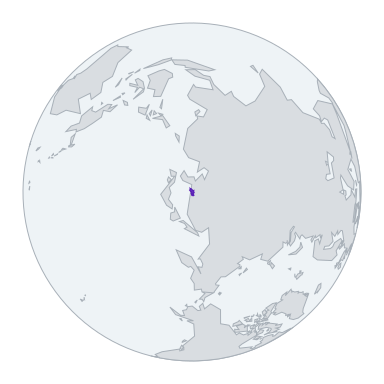 Hamgyŏng-bukto highlighted on a globe, orthographic projection, rotated 141°
{"feature_id": "PRK-3307", "entity_name": "Hamgyŏng-bukto", "entity_type": "Province", "adm_level": 1, "iso_a3": "PRK", "parent_name": "North Korea", "parent_adm1": "", "projection": "orthographic", "projection_center": [129.506, 41.787], "detail": "fine", "context": "on_globe", "style": "filled", "palette": "violet", "viewbox_px": 384, "rotation_deg": 141, "n_neighbors": 0, "source": "natural_earth", "source_scale": "10m", "svg_char_len": 12548}
<svg xmlns="http://www.w3.org/2000/svg" viewBox="0 0 384 384"><g transform="rotate(141 192 192)"><circle cx="192" cy="192" r="169" fill="#eef3f6" stroke="#a8b0b8"/><path d="M317.3,295.7L317.1,296.3L317.0,296.6L317.3,295.7ZM321.7,83.7L321.4,84.1L323.5,85.9L327.2,90.6L325.0,87.9L322.2,86.1L322.8,88.9L315.8,86.7L300.4,77.7L301.5,76.2L297.6,74.5L296.1,76.5L296.0,78.3L280.7,78.4L273.7,88.3L277.0,95.1L271.9,91.0L281.9,107.0L281.6,116.5L278.5,103.5L275.6,100.7L273.8,105.8L270.3,104.0L267.5,105.6L263.6,103.2L262.1,96.2L259.5,94.6L258.3,98.5L253.7,98.7L255.8,93.3L247.9,93.3L243.9,82.6L252.7,71.6L247.1,65.2L247.3,53.0L244.0,52.7L241.9,48.5L237.3,46.8L238.6,45.4L233.7,45.3L233.4,46.9L231.1,47.5L228.3,46.7L229.6,44.7L231.2,44.8L230.1,43.8L231.9,43.2L229.4,43.1L231.3,41.0L225.4,42.0L223.4,39.4L225.7,38.4L230.8,39.9L248.8,42.4L252.7,42.4L253.2,40.6L242.8,33.9L245.0,33.7L244.0,32.4L240.4,31.6L239.9,32.5L232.9,31.1L233.1,32.8L230.3,32.6L228.4,34.1L223.0,32.5L218.7,30.3L220.1,29.1L218.3,28.2L212.4,28.5L210.4,25.9L201.3,24.0L201.4,23.7L209.9,24.1L221.6,25.9L232.7,28.0L219.7,25.4L220.1,25.4L231.8,27.8L243.3,31.0L254.6,35.0L265.5,39.9L276.1,45.4L286.2,51.8L295.9,58.8L305.1,66.5L313.7,74.8L321.7,83.7ZM346.2,179.1L344.8,176.3L346.3,176.2L346.2,179.1ZM343.5,176.0L344.1,176.6L343.5,176.4L343.5,176.0ZM342.8,176.7L343.3,176.2L342.9,177.1L342.8,176.7ZM342.0,178.0L342.4,177.1L342.4,177.4L342.0,178.0ZM340.3,179.0L339.8,179.2L340.0,178.1L340.3,179.0ZM296.5,79.4L296.4,76.8L299.1,75.8L299.5,78.2L296.5,79.4ZM290.9,81.9L289.9,79.9L294.2,81.3L293.5,82.0L290.9,81.9ZM280.1,100.6L280.7,97.8L281.3,101.2L280.1,100.6ZM267.8,106.3L268.7,107.8L266.8,108.0L267.8,106.3ZM231.5,34.9L230.0,34.5L231.1,34.4L231.5,34.9ZM232.1,36.1L234.5,36.3L235.1,36.9L233.6,36.7L232.1,36.1ZM259.1,104.6L255.8,104.8L258.9,103.4L259.1,104.6ZM229.0,35.7L235.9,37.9L237.0,39.0L232.2,39.4L229.0,35.7ZM253.7,104.1L245.8,105.0L247.1,108.1L238.8,100.1L248.3,101.8L251.9,99.4L251.5,102.2L253.7,104.1ZM234.5,47.8L234.7,46.0L237.1,48.2L234.5,47.8ZM236.5,49.1L247.0,55.9L245.2,58.5L242.1,55.5L241.9,59.7L235.9,57.5L234.6,54.8L237.0,53.5L232.9,53.7L236.5,49.1ZM235.5,95.8L233.3,95.1L235.3,94.5L235.5,95.8ZM230.4,47.9L232.7,48.9L231.3,51.2L226.5,49.5L228.5,49.3L230.4,47.9ZM244.8,61.9L242.9,63.5L237.5,62.1L236.1,62.5L235.6,57.7L244.8,61.9ZM227.4,48.4L224.1,48.7L222.2,47.0L228.1,47.1L227.4,48.4ZM233.0,52.5L232.1,53.5L231.0,52.4L233.0,52.5ZM213.7,41.7L216.4,42.6L216.0,43.8L213.7,41.7ZM223.0,48.9L223.7,49.5L223.8,50.1L221.3,50.0L223.0,48.9ZM231.8,57.2L230.0,56.4L231.7,59.1L227.8,58.3L228.2,55.3L226.3,56.3L225.1,56.1L226.8,53.9L231.8,57.2ZM219.1,51.9L218.2,48.1L213.2,46.0L213.5,44.8L221.5,48.5L219.1,51.9ZM223.5,53.2L220.8,52.1L222.5,51.1L225.4,51.2L223.5,53.2ZM224.9,59.0L230.9,60.9L230.6,61.5L224.9,59.0ZM217.3,51.4L217.6,52.3L216.8,51.4L217.3,51.4ZM222.2,56.8L224.4,57.4L224.0,58.1L222.2,56.8ZM216.3,53.9L216.0,52.6L217.9,52.6L216.3,53.9ZM218.7,55.4L217.7,56.2L218.8,53.4L219.8,55.5L218.7,55.4ZM221.5,57.4L222.0,58.0L220.7,57.1L221.5,57.4ZM209.2,54.7L210.1,51.2L214.3,51.1L212.9,54.6L209.2,54.7ZM86.4,60.1L75.7,70.8L73.2,73.5L69.4,76.3L55.2,94.6L57.0,94.5L49.4,109.6L47.8,117.5L56.7,111.5L59.4,98.2L65.1,91.9L67.2,98.9L65.6,111.5L67.8,109.5L73.2,98.6L77.3,99.0L75.6,94.8L72.9,98.3L71.8,96.0L74.1,92.7L75.5,92.8L77.2,88.7L70.2,89.8L66.8,93.5L68.6,85.6L63.1,91.3L62.0,90.7L70.9,81.1L73.5,79.5L86.3,66.9L83.8,67.7L71.5,79.9L73.3,77.3L69.8,79.2L73.9,75.8L88.1,62.9L92.7,57.2L90.7,56.7L90.8,56.7L106.5,46.3L110.8,44.0L100.2,51.5L103.0,50.4L111.9,45.7L107.9,48.5L110.2,47.7L106.8,50.7L108.7,52.7L106.3,55.8L113.3,54.8L113.0,56.4L108.9,56.4L104.8,58.4L99.5,67.3L100.4,68.4L105.4,67.2L103.3,70.1L108.9,67.7L109.0,72.7L113.5,64.9L119.5,63.9L123.0,66.2L125.8,64.6L120.1,61.0L117.1,60.9L113.2,62.9L105.7,62.3L106.1,59.7L117.0,55.6L118.9,51.8L126.6,50.8L137.3,60.3L138.6,65.6L127.2,76.8L123.3,76.0L125.4,71.4L117.6,76.8L121.0,75.8L119.3,78.3L124.6,78.5L123.7,80.4L130.4,77.6L129.8,79.9L125.6,81.6L132.9,84.5L133.4,89.5L135.5,89.3L137.7,87.7L136.9,95.5L138.5,95.0L139.4,92.2L143.1,89.6L149.5,88.1L148.9,90.9L146.5,91.8L140.6,98.1L134.3,100.4L134.7,101.5L140.0,100.2L147.2,92.4L151.2,90.8L148.3,94.6L149.7,93.1L151.5,93.2L152.7,95.9L156.1,91.9L176.7,90.6L181.0,96.4L176.2,99.6L189.9,103.0L193.7,110.1L194.5,107.4L201.7,107.7L200.5,105.4L201.5,104.2L219.3,105.1L222.9,107.8L231.5,105.9L231.9,104.7L229.7,102.5L238.8,100.1L247.1,108.1L245.8,110.6L251.9,114.3L247.9,119.5L247.4,125.8L239.5,129.9L239.8,134.9L242.2,135.8L244.4,143.6L240.7,157.0L233.2,141.9L236.6,122.7L234.3,130.0L231.7,127.2L228.9,129.2L227.6,134.7L229.4,136.0L211.1,140.5L201.6,153.8L209.8,154.6L213.3,159.9L209.7,177.8L187.5,197.9L191.9,206.7L191.0,211.7L184.7,213.6L185.8,206.3L180.9,202.5L182.5,198.4L172.7,199.6L174.5,193.7L166.0,197.9L167.3,203.3L175.3,204.1L167.1,210.7L173.0,220.8L171.7,230.7L155.3,244.1L141.5,245.3L140.3,248.0L135.8,243.1L128.3,246.5L135.3,265.5L134.6,269.9L123.1,274.6L123.2,271.3L111.3,258.2L107.9,267.7L116.8,280.1L119.9,290.9L112.5,285.1L109.5,275.3L105.4,270.4L107.4,261.9L105.5,246.3L98.1,245.5L99.5,240.0L95.9,225.0L85.7,223.0L69.0,228.3L65.3,241.1L60.2,243.2L57.4,217.9L60.2,203.4L56.6,201.2L55.9,183.9L47.2,168.4L48.2,163.8L46.1,162.3L45.9,153.8L48.4,146.7L47.2,143.4L41.2,162.6L42.7,166.2L47.2,165.2L44.9,170.9L45.4,180.3L36.7,183.9L27.5,172.1L30.5,161.6L43.4,124.3L45.2,122.5L45.4,122.1L45.8,121.5L43.0,123.8L46.6,117.3L35.5,140.0L32.0,148.0L27.3,172.3L26.8,172.5L26.5,179.0L30.1,187.9L29.3,190.9L25.2,198.8L23.3,200.9L23.1,188.6L23.8,176.3L25.4,164.1L27.8,152.0L31.2,140.1L35.4,128.5L40.5,117.3L46.3,106.4L52.9,96.0L60.3,86.1L68.4,76.8L77.1,68.1L86.4,60.1ZM60.0,130.2L61.7,138.2L67.7,129.3L68.9,131.8L70.5,128.0L68.2,128.6L73.2,119.2L76.4,121.1L79.7,118.1L79.3,115.3L72.7,113.5L65.4,126.8L62.1,127.3L60.0,130.2ZM209.4,23.9L209.6,24.0L201.8,23.6L204.0,23.5L198.4,23.2L198.2,23.2L209.4,23.9ZM217.7,25.2L213.7,24.5L218.4,25.3L217.7,25.2ZM126.2,41.5L122.9,43.1L121.0,43.0L124.1,40.1L126.9,40.0L126.2,41.5ZM118.7,45.4L128.7,42.8L127.2,44.8L126.3,44.0L124.3,45.7L122.4,44.9L111.2,49.9L108.8,50.3L115.8,44.0L114.9,45.7L118.1,43.9L118.7,45.4ZM156.9,35.7L161.2,35.5L152.3,40.1L149.3,39.8L152.2,36.6L157.5,35.1L156.9,35.7ZM219.1,36.4L221.3,36.7L221.0,37.2L218.8,37.3L219.1,36.4ZM215.0,42.0L209.0,35.9L211.3,35.8L205.1,32.8L208.6,31.5L212.5,33.5L210.5,30.5L215.5,31.7L213.5,29.8L221.8,34.2L226.1,35.6L219.9,34.5L216.6,35.5L216.5,36.4L219.3,39.9L227.0,43.6L224.9,45.6L221.4,46.0L219.3,45.4L221.3,44.2L216.9,44.3L218.2,42.2L215.0,42.0ZM181.4,54.6L184.7,52.7L176.2,54.1L177.4,51.3L176.3,51.7L175.1,49.6L171.8,47.8L173.2,46.6L171.3,46.4L170.5,45.2L168.4,44.6L170.0,42.5L167.6,41.7L169.8,41.2L165.1,40.4L169.3,40.1L168.6,38.7L164.9,39.8L179.0,31.4L181.6,28.9L181.6,27.1L188.8,27.2L193.5,29.1L196.0,32.3L192.4,35.0L196.3,34.8L195.7,36.1L192.9,35.7L196.9,37.1L195.7,38.2L197.9,42.1L204.6,43.9L205.6,45.6L202.3,45.4L205.6,47.3L200.2,48.2L200.7,49.5L196.0,51.9L189.5,51.1L190.6,52.6L187.0,54.8L181.4,54.6ZM207.7,55.3L199.6,54.6L196.3,52.9L205.9,49.5L206.2,48.2L212.2,46.4L216.9,49.0L214.7,49.3L213.7,50.2L212.6,49.0L212.7,50.6L209.7,51.1L209.0,52.5L206.6,51.8L207.7,55.3ZM73.5,74.1L72.2,75.8L70.7,78.1L68.5,79.5L73.5,74.1ZM83.0,65.2L82.3,66.3L78.4,69.0L79.8,67.4L83.0,65.2ZM85.1,64.8L82.5,66.1L84.8,64.4L85.1,64.8ZM108.6,57.5L108.2,58.8L106.8,59.4L105.5,59.2L108.6,57.5ZM156.4,59.6L158.7,58.4L159.4,58.8L165.5,58.2L165.0,60.5L161.2,61.7L156.4,59.6ZM55.2,110.7L53.8,110.0L54.9,107.9L55.2,108.6L55.2,110.7ZM60.0,93.6L57.3,98.5L59.4,93.9L60.0,93.6ZM156.9,61.9L159.4,61.3L157.6,62.8L156.9,61.9ZM165.0,62.1L163.5,63.8L165.7,60.7L165.0,62.1ZM161.5,322.1L166.7,323.4L166.6,323.9L161.5,322.1ZM156.1,319.3L161.9,320.5L155.1,320.2L156.1,319.3ZM164.2,321.0L170.2,320.9L172.8,320.5L172.4,321.5L164.2,321.0ZM152.1,318.5L131.4,313.0L123.4,309.0L125.1,307.7L138.0,312.1L152.1,318.5ZM124.5,307.4L112.5,297.3L97.4,272.7L102.8,275.5L118.8,293.2L117.8,294.7L125.0,301.9L124.5,307.4ZM154.2,305.0L153.1,310.1L141.5,306.9L136.3,304.6L132.7,296.5L134.7,293.4L138.9,294.7L156.1,286.0L161.9,290.4L156.4,294.8L161.2,300.7L154.2,305.0ZM65.7,242.8L67.5,252.8L64.9,252.1L65.7,242.8ZM163.7,278.0L156.3,282.5L163.3,275.9L163.7,278.0ZM168.2,271.1L168.3,274.3L165.8,270.8L168.2,271.1ZM139.4,252.4L135.0,251.8L135.2,249.5L141.1,248.9L139.4,252.4ZM170.7,239.0L169.4,245.9L168.1,248.1L166.7,243.5L170.7,239.0ZM156.7,82.5L148.8,80.6L142.8,81.3L139.0,84.6L141.0,79.4L150.2,78.3L156.7,82.5ZM174.3,89.2L177.6,86.7L178.5,88.6L177.8,89.4L174.3,89.2ZM174.7,87.1L174.4,82.6L177.8,81.8L177.3,85.4L174.7,87.1ZM165.3,71.5L163.0,70.7L164.5,69.4L165.3,71.5ZM226.9,357.0L225.7,356.5L233.1,355.0L230.9,356.1L226.9,357.0ZM285.1,333.0L287.3,331.5L287.9,330.6L288.5,330.7L290.1,329.6L285.1,333.0ZM196.6,353.8L164.5,354.7L157.1,353.0L158.1,351.7L149.8,344.6L152.1,345.2L149.6,340.3L168.1,339.2L181.1,331.9L192.3,333.3L200.2,326.7L212.1,327.3L209.0,332.8L221.9,335.7L229.4,323.1L238.4,334.8L248.5,337.0L252.8,342.0L239.0,352.3L230.0,355.1L227.7,355.0L224.1,356.0L217.7,356.6L213.1,355.0L209.6,355.9L212.5,354.0L207.6,355.8L203.8,354.4L196.6,353.8ZM281.9,322.4L284.0,321.9L287.5,322.1L284.2,323.2L281.9,322.4ZM312.1,301.3L313.3,301.4L311.1,303.0L312.1,301.3ZM317.0,296.6L314.3,298.7L317.3,295.7L317.0,296.6ZM291.4,312.2L292.5,312.4L291.7,313.0L291.4,312.2ZM290.6,312.3L291.6,310.7L291.6,311.8L290.6,312.3ZM280.4,309.2L281.5,308.2L282.1,308.5L280.4,309.2ZM174.5,324.6L181.6,321.6L185.7,321.7L174.5,324.6ZM278.6,308.3L275.6,309.1L275.9,308.3L278.6,308.3ZM278.7,306.6L278.3,305.6L280.3,307.5L278.7,306.6ZM272.9,305.9L276.6,306.7L272.5,306.2L272.9,305.9ZM270.8,306.7L268.1,306.5L268.3,306.1L270.8,306.7ZM242.4,313.4L252.0,318.3L244.5,319.3L236.0,316.4L229.9,320.6L215.6,320.7L218.7,318.3L216.6,314.7L202.2,313.1L199.3,310.5L204.3,309.1L195.0,306.6L205.2,306.0L209.5,311.2L215.3,307.2L225.6,307.9L235.9,309.0L244.3,311.7L242.4,313.4ZM205.5,317.1L207.3,317.1L205.8,318.5L205.5,317.1ZM263.1,304.9L266.9,306.4L266.5,307.1L264.7,307.2L263.1,304.9ZM246.2,310.7L255.2,305.2L257.4,304.9L251.5,310.5L246.2,310.7ZM252.9,302.9L257.2,302.8L259.5,304.7L258.7,305.5L252.9,302.9ZM184.6,311.2L184.3,312.6L181.7,311.2L184.6,311.2ZM188.0,310.7L195.9,312.8L187.3,311.8L188.0,310.7ZM164.6,302.6L166.8,306.4L173.9,305.3L168.5,307.6L173.4,313.8L171.9,315.6L167.0,309.0L165.5,314.8L162.4,314.2L160.6,308.6L163.6,302.6L166.7,300.4L179.4,301.1L164.6,302.6ZM187.9,306.5L185.8,302.3L187.4,299.7L189.6,302.1L187.9,306.5ZM180.0,291.5L174.8,285.8L169.9,287.0L180.1,281.3L183.3,287.8L180.0,291.5ZM176.0,279.8L171.3,280.9L176.3,277.4L176.0,279.8ZM170.3,278.9L170.1,275.2L173.6,276.3L170.3,278.9ZM178.4,280.3L179.7,274.3L181.2,278.1L178.4,280.3ZM169.3,266.8L176.4,274.1L166.7,269.8L167.5,257.5L171.7,258.0L169.3,266.8ZM200.7,218.5L200.3,214.6L204.5,214.1L203.6,216.9L200.7,218.5ZM217.8,209.9L205.5,212.7L195.6,215.2L198.2,217.3L195.0,223.5L191.8,216.9L199.5,210.6L206.8,209.9L208.9,204.5L214.9,201.2L215.1,194.2L218.1,191.4L220.1,197.7L217.8,209.9ZM214.9,191.2L217.5,179.1L224.9,181.3L226.0,184.5L221.7,189.0L218.0,187.5L214.9,191.2ZM220.3,176.9L216.8,175.4L213.3,156.8L214.4,153.5L221.0,168.3L218.0,167.8L217.6,172.2L220.3,176.9ZM233.4,96.6L233.3,95.2L234.8,96.5L233.4,96.6ZM200.7,103.0L202.2,101.5L203.9,102.9L200.7,103.0ZM207.3,98.4L204.4,97.8L207.7,97.3L207.3,98.4ZM197.7,96.9L203.3,97.0L197.6,98.6L197.7,96.9Z" fill="#d9dde1" stroke="#a8b0b8" stroke-width="1"/><path d="M192.9,188.4L193.0,188.5L193.3,188.5L193.5,188.7L193.6,188.8L193.6,189.1L193.6,189.3L193.8,189.4L193.9,189.6L194.0,189.6L194.0,189.9L194.0,190.0L193.9,190.1L193.6,190.1L193.7,190.3L193.6,190.5L193.5,190.9L193.5,191.1L193.4,191.1L193.2,191.1L193.2,191.3L193.1,191.5L192.9,191.7L192.8,191.8L192.8,192.0L192.7,192.1L192.5,192.3L192.4,192.4L192.4,192.5L192.3,192.8L192.3,193.0L192.5,193.1L192.6,193.3L192.6,193.5L192.5,193.8L192.5,194.0L192.5,194.3L192.5,194.5L192.5,194.8L192.4,194.8L192.2,194.8L191.9,194.9L191.8,195.0L191.7,195.0L191.5,195.3L191.5,195.2L191.4,195.2L191.3,195.3L191.3,195.5L191.2,195.6L191.0,195.4L190.9,195.3L190.8,195.2L190.7,194.9L190.7,194.7L190.8,194.4L190.8,194.2L190.7,194.1L190.7,193.9L190.7,193.7L190.6,193.4L190.5,193.2L190.6,192.9L190.7,192.7L190.4,192.5L190.4,192.4L190.4,192.2L190.4,191.9L190.3,191.7L190.2,191.7L190.3,191.6L190.5,191.5L190.6,191.4L190.8,191.3L190.8,191.1L191.0,191.1L191.0,190.9L191.1,191.0L191.2,190.9L191.3,190.8L191.3,190.7L191.3,190.4L191.5,190.2L191.8,190.1L192.0,190.2L192.0,190.3L192.1,190.2L192.3,190.1L192.5,190.0L192.5,189.9L192.5,189.7L192.6,189.4L192.5,189.2L192.6,188.9L192.7,188.7L192.8,188.5L192.8,188.4L192.9,188.4Z" fill="#8b5cf6" stroke="#5b21b6" stroke-width="1.5"/></g></svg>